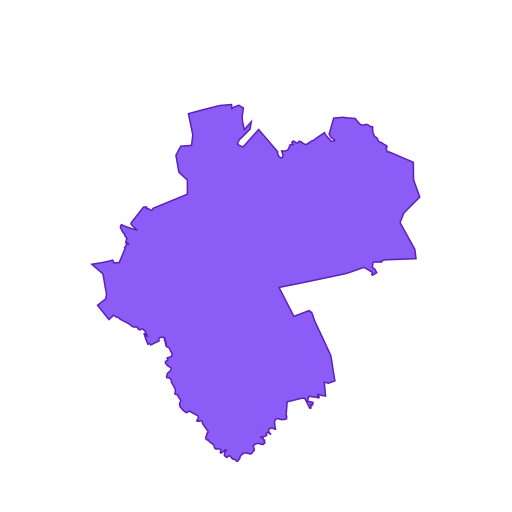 the district of Chicomuselo, Chiapas, Mexico, rotated 130°
{"feature_id": "50627088B18917437048636", "entity_name": "Chicomuselo", "entity_type": "district", "adm_level": 2, "iso_a3": "MEX", "parent_name": "Mexico", "parent_adm1": "Chiapas", "projection": "robinson", "projection_center": [-92.321, 15.794], "detail": "fine", "context": "isolated", "style": "filled", "palette": "violet", "viewbox_px": 512, "rotation_deg": 130, "n_neighbors": 0, "source": "geoboundaries", "source_scale": "gbopen_adm2", "svg_char_len": 6122}
<svg xmlns="http://www.w3.org/2000/svg" viewBox="0 0 512 512"><g transform="rotate(130 256 256)"><path d="M429.5,157.0L429.7,156.6L429.2,155.9L425.7,154.9L424.6,155.0L424.0,154.7L424.0,154.4L424.0,154.0L424.2,153.7L426.5,153.5L428.9,152.4L429.3,150.7L429.1,149.2L428.6,148.6L427.7,148.6L426.3,148.1L425.8,147.3L426.1,146.6L426.2,145.2L426.5,144.6L426.5,143.8L426.5,143.0L425.7,141.9L425.2,140.8L425.4,140.1L425.7,139.4L425.7,138.8L425.0,138.2L423.6,138.1L423.0,138.4L421.3,138.3L420.2,139.1L419.4,139.3L417.5,139.4L416.4,138.8L416.1,138.8L415.9,139.2L415.3,139.3L414.0,137.9L412.5,135.7L411.9,134.5L411.8,133.6L410.8,132.7L410.0,132.4L405.9,132.5L405.4,132.7L403.8,135.3L402.4,136.2L400.6,135.6L398.4,134.3L397.3,132.3L397.2,131.5L395.9,129.4L395.2,129.7L394.7,129.5L394.5,129.2L393.4,129.1L393.0,129.3L392.9,130.5L392.6,130.8L392.4,131.0L391.7,130.8L391.5,131.0L391.7,132.2L391.2,134.1L391.4,134.5L391.9,134.9L391.7,135.8L391.0,135.4L390.5,134.3L389.8,133.9L389.1,134.0L388.2,133.1L387.5,132.9L386.3,132.7L386.0,132.9L385.3,134.2L383.8,134.0L383.4,133.0L383.3,130.6L383.1,130.4L382.8,130.7L382.9,131.8L382.6,132.8L381.4,134.2L380.9,134.5L380.1,134.7L379.1,134.4L378.3,133.9L377.4,133.0L376.5,130.1L376.0,129.7L374.7,131.6L371.1,135.2L369.7,135.8L368.6,135.9L367.5,135.5L366.5,134.7L365.0,131.3L362.6,128.8L361.9,128.8L361.1,127.9L358.9,129.6L359.2,130.1L347.7,138.4L335.7,129.6L334.7,128.7L333.8,126.8L338.0,117.2L337.4,116.2L335.5,117.4L334.8,118.4L334.6,118.0L334.9,117.8L334.4,117.1L333.4,117.5L333.2,117.2L332.4,117.6L332.3,117.4L332.3,117.6L331.5,118.2L334.1,123.4L329.4,125.3L326.7,120.8L324.7,118.2L325.0,117.7L324.6,117.1L324.2,117.5L323.7,116.8L322.6,118.1L323.3,118.8L322.3,119.7L319.9,114.8L318.6,112.7L308.8,122.6L306.9,118.7L300.9,115.3L294.9,122.4L288.4,129.7L284.2,134.7L281.4,140.5L281.4,140.9L281.0,141.5L280.9,142.1L280.0,143.5L267.8,169.8L264.7,174.7L263.3,177.3L263.8,177.9L263.6,180.2L277.9,188.2L265.3,218.1L255.2,210.1L255.1,210.3L254.8,209.7L212.3,176.3L208.7,173.9L196.7,166.9L195.2,165.6L193.7,156.2L195.8,155.4L195.7,154.3L191.1,152.8L189.7,156.6L189.9,159.5L185.9,162.2L184.7,161.6L179.9,155.9L179.1,156.7L176.2,154.9L155.2,131.7L148.8,138.6L137.8,167.1L128.0,170.4L105.6,168.4L96.4,184.2L83.1,195.7L90.8,221.3L91.6,221.8L91.9,222.6L90.9,223.7L90.2,225.4L89.3,225.7L88.3,225.6L87.7,226.3L87.7,228.0L88.1,228.9L88.5,232.9L89.1,233.7L89.3,235.1L89.0,236.6L88.0,238.7L87.8,239.8L88.2,241.5L88.1,242.2L86.7,244.6L86.2,246.4L84.8,247.1L84.0,248.2L82.7,249.0L82.1,249.9L83.4,251.7L83.4,254.0L84.0,255.9L86.6,257.8L88.1,259.7L88.0,261.5L88.0,264.1L87.7,264.2L86.9,268.5L91.1,274.2L93.7,278.4L100.4,285.1L115.7,278.3L115.7,278.0L116.8,275.4L117.0,274.2L116.4,270.7L116.8,270.2L117.5,269.8L118.3,270.9L120.1,272.4L119.4,273.6L118.7,279.6L118.1,281.6L117.4,282.8L127.5,285.7L129.3,285.9L130.5,286.3L132.2,287.3L138.3,289.2L139.1,290.6L139.5,292.5L139.4,293.4L139.6,295.2L140.3,296.8L142.5,296.6L143.4,298.2L143.7,300.8L143.9,301.2L144.5,301.6L145.2,301.7L145.8,301.6L146.1,301.3L146.6,299.2L146.8,299.1L147.3,299.2L147.5,299.9L148.2,300.8L149.5,301.4L151.0,300.6L152.9,300.0L154.0,299.9L155.5,300.3L157.0,301.3L157.8,302.2L158.6,303.7L159.2,303.9L160.5,301.2L161.8,299.9L163.4,299.1L164.8,299.9L165.1,301.1L164.8,303.0L163.5,305.5L162.2,306.4L157.4,335.3L180.8,336.0L182.0,339.8L182.1,342.2L177.7,343.6L175.2,343.2L162.7,342.1L156.2,345.9L166.7,346.2L161.6,352.8L158.2,356.1L150.7,360.8L151.6,366.1L156.4,368.7L158.6,369.2L155.7,372.1L164.0,380.5L179.8,391.9L190.4,399.3L203.8,382.3L212.7,376.5L220.2,384.2L230.3,382.1L241.4,368.9L242.0,357.3L252.8,348.3L285.4,365.4L286.1,365.4L286.7,365.1L287.8,365.3L288.4,365.6L289.1,369.4L289.5,369.9L290.0,370.2L290.2,370.5L289.4,370.7L289.1,370.9L288.9,371.6L290.9,373.6L309.8,373.0L311.2,372.8L311.7,372.5L312.1,371.5L312.5,368.4L312.4,366.0L312.7,364.3L314.5,367.6L318.2,377.7L318.1,378.2L318.4,379.2L319.7,379.1L321.4,378.2L322.2,376.0L323.2,374.1L323.8,371.7L323.6,370.9L324.8,369.5L325.4,366.2L327.3,365.6L328.7,364.8L328.8,364.4L328.6,363.5L329.1,360.6L329.9,363.4L330.2,362.7L331.2,362.3L332.9,362.1L333.9,362.3L335.0,360.9L348.7,356.7L349.1,356.7L352.6,360.4L351.3,363.2L354.3,365.2L360.6,370.1L367.9,376.5L368.1,361.6L369.4,360.4L369.9,359.5L376.4,352.0L381.0,346.3L382.4,345.3L385.7,343.6L390.0,344.6L395.6,345.7L399.2,327.8L394.0,327.1L392.9,327.1L392.7,325.4L392.7,324.2L391.5,321.5L391.8,320.1L391.3,317.1L390.0,311.8L389.4,307.5L389.7,306.1L389.6,305.6L388.6,303.4L388.2,303.2L387.0,301.3L387.0,300.7L387.7,299.5L387.5,298.0L386.8,297.1L385.8,297.1L384.6,295.6L385.0,292.2L385.7,291.3L387.1,287.7L387.9,289.0L386.7,291.0L387.4,291.7L390.0,287.8L393.1,282.1L391.6,281.3L391.7,279.4L383.4,275.7L383.3,277.0L383.2,276.6L382.8,276.6L381.2,277.1L380.0,277.1L379.1,276.3L378.2,274.9L377.4,274.3L378.0,273.3L377.6,273.1L378.2,271.9L378.7,272.1L378.9,271.7L379.4,271.9L380.0,270.3L380.6,269.8L380.2,269.6L380.8,269.2L380.5,269.0L381.0,268.4L381.4,268.6L382.0,268.0L381.6,267.9L382.8,266.7L382.7,265.5L382.2,263.3L383.9,260.1L384.7,257.4L387.3,256.1L389.2,257.5L389.9,257.5L390.5,257.8L390.9,258.5L391.5,258.3L392.2,256.7L392.9,256.6L393.6,256.9L394.6,257.5L395.3,257.4L395.8,257.0L396.3,256.4L396.7,254.1L396.9,252.8L396.4,249.8L396.4,249.2L396.9,248.5L398.7,247.9L403.1,248.4L403.9,248.0L404.4,247.5L405.9,247.1L406.5,246.5L406.4,245.7L405.2,244.5L405.1,243.5L405.2,242.6L405.9,240.6L406.8,239.9L407.2,239.3L409.6,232.9L410.4,231.7L412.9,230.0L413.6,229.8L413.8,229.1L413.5,228.1L412.7,227.2L412.7,226.8L413.3,226.1L414.3,223.2L414.7,221.3L415.0,220.8L415.5,220.5L418.2,219.7L419.7,218.2L420.2,217.4L421.0,213.4L421.0,209.1L420.2,208.1L418.6,208.0L417.9,207.1L417.3,206.9L417.3,205.2L415.8,197.9L416.6,196.6L418.2,195.5L419.7,195.8L420.4,195.0L419.0,193.1L417.3,192.0L417.2,191.2L418.9,188.8L421.1,180.2L421.7,179.6L422.1,179.5L422.4,179.7L423.8,179.3L425.5,178.5L427.5,177.8L428.5,176.3L428.5,175.7L428.0,174.7L427.6,174.5L428.0,173.9L428.0,173.0L428.2,171.3L427.9,169.0L428.0,167.4L428.1,166.5L429.4,164.8L429.9,163.4L429.3,162.1L427.3,160.3L427.2,159.1L427.3,158.4L427.4,158.1L429.5,157.0Z" fill="#8b5cf6" stroke="#5b21b6" stroke-width="1.5"/></g></svg>